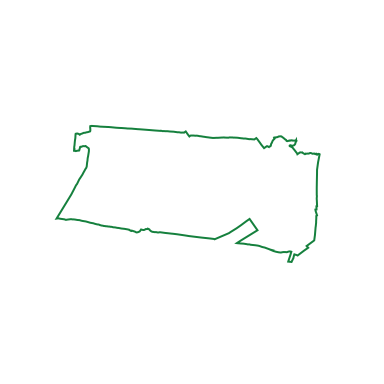 outline of Ibanesti, Botosani, Romania, rotated 325°
{"feature_id": "2599482B35973270357670", "entity_name": "Ibanesti", "entity_type": "district", "adm_level": 2, "iso_a3": "ROU", "parent_name": "Romania", "parent_adm1": "Botosani", "projection": "equal_earth", "projection_center": [26.394, 48.051], "detail": "fine", "context": "isolated", "style": "outline", "palette": "green", "viewbox_px": 384, "rotation_deg": 325, "n_neighbors": 0, "source": "geoboundaries", "source_scale": "gbopen_adm2", "svg_char_len": 5942}
<svg xmlns="http://www.w3.org/2000/svg" viewBox="0 0 384 384"><g transform="rotate(325 192 192)"><path d="M296.1,260.8L300.3,255.0L304.7,249.0L307.2,245.5L312.4,239.9L318.2,234.3L318.1,234.0L318.0,233.9L317.6,233.4L317.3,233.2L316.6,233.2L315.9,233.2L315.9,232.0L315.8,231.9L314.8,231.8L314.5,231.4L314.5,230.9L314.4,230.8L313.9,230.4L313.3,230.2L312.8,229.9L312.6,229.7L312.2,229.0L311.8,228.4L311.5,228.1L311.1,227.8L309.7,227.5L308.8,226.9L308.2,226.5L307.4,226.1L307.2,226.0L307.1,225.8L306.5,225.9L306.2,225.8L305.4,224.1L305.0,223.2L305.0,222.8L304.6,222.6L304.3,222.4L304.0,222.2L303.4,221.6L302.9,221.5L301.1,221.5L300.0,221.5L300.2,220.8L300.2,220.4L300.0,215.9L299.9,215.0L299.9,214.2L299.8,213.3L299.6,212.6L299.4,212.2L299.0,211.5L298.5,210.8L298.4,210.5L298.4,210.2L298.7,210.0L299.0,210.0L299.4,210.1L299.6,210.3L300.1,211.0L300.4,211.4L300.9,211.8L301.6,212.0L302.2,212.2L302.9,212.2L304.0,211.9L305.4,210.7L306.7,210.2L306.8,210.1L306.6,209.9L307.1,209.1L306.4,209.4L306.2,209.3L305.8,208.9L305.3,208.6L304.8,208.2L304.2,207.8L303.7,207.4L303.5,206.9L302.7,206.6L302.1,206.1L301.5,205.8L301.4,206.0L300.1,205.3L299.6,205.2L299.1,204.9L299.0,204.6L298.8,204.4L298.9,204.1L298.9,203.2L298.5,202.5L298.3,201.5L298.1,200.9L297.9,200.0L297.4,198.7L297.2,197.9L296.7,197.3L295.9,196.9L295.3,196.4L294.6,196.2L293.6,196.1L292.8,195.7L292.2,195.5L291.5,195.0L291.0,194.8L290.5,194.5L290.3,194.6L290.4,195.2L290.4,195.6L290.2,195.7L289.9,195.8L289.0,195.9L287.7,196.2L286.5,196.9L285.8,197.4L285.4,197.6L284.7,197.8L283.8,198.6L283.1,199.3L282.7,199.4L282.4,199.5L282.0,199.3L281.2,199.1L280.8,199.3L280.5,198.8L280.4,198.5L279.9,197.6L279.6,197.4L276.2,197.4L275.9,193.2L275.9,190.3L275.8,186.1L275.6,184.7L273.2,184.7L270.1,182.1L269.2,181.6L267.3,179.7L266.5,178.9L264.9,177.8L264.1,177.0L263.6,176.6L262.8,175.9L261.2,174.4L260.8,174.0L259.2,172.7L257.0,171.1L256.4,170.5L255.5,169.9L254.2,168.9L252.8,168.3L250.7,166.7L250.0,166.2L249.7,165.8L248.9,165.3L247.5,164.4L244.2,162.4L242.3,161.1L240.8,160.2L240.1,159.7L237.4,157.3L236.9,156.8L235.1,155.2L233.8,153.9L232.9,153.1L231.4,151.6L230.1,150.5L229.7,150.0L228.9,149.2L228.1,148.5L227.0,147.8L225.5,146.5L223.1,144.9L221.7,145.0L221.6,143.1L221.6,141.7L221.6,138.8L219.5,138.8L219.4,138.6L219.2,138.5L219.0,138.3L217.1,137.1L215.6,135.6L214.2,134.6L213.4,133.8L212.2,132.7L211.7,132.2L208.4,129.6L207.1,128.4L204.8,126.7L203.7,125.8L203.1,125.5L202.4,124.8L201.6,123.9L201.3,123.9L197.1,120.5L193.5,117.5L190.1,114.7L185.6,111.0L183.7,109.5L178.8,105.4L175.6,103.0L174.1,101.7L171.4,99.5L168.8,97.5L166.8,95.9L163.2,92.8L161.3,91.2L154.3,85.8L152.2,83.9L148.3,80.8L147.9,80.4L147.4,80.2L146.5,79.7L145.9,80.3L145.2,81.4L144.7,82.3L144.2,83.0L143.9,83.4L143.6,83.7L143.3,83.9L141.0,83.2L139.8,82.6L138.5,82.2L137.5,81.6L137.1,81.4L135.5,81.1L133.5,80.5L132.9,80.7L132.7,80.1L132.6,79.7L132.4,79.3L132.0,78.8L131.3,78.3L131.3,78.1L130.1,77.6L129.5,78.2L127.7,80.5L127.1,81.2L126.0,82.3L124.5,84.0L122.5,86.4L121.6,87.3L120.3,88.9L120.5,89.1L120.5,89.3L119.7,90.3L119.5,90.0L119.1,90.4L119.0,90.6L119.4,90.9L119.8,91.3L120.2,91.8L120.6,92.0L121.3,92.2L122.3,92.7L122.9,93.1L123.4,93.3L126.3,90.9L126.7,91.0L127.4,91.6L127.9,91.6L129.0,91.9L130.2,92.8L130.6,93.1L131.1,93.2L131.3,93.5L131.5,94.4L132.1,96.1L132.4,96.9L132.3,97.2L132.2,97.6L131.7,98.4L130.8,99.6L127.1,103.4L126.2,104.2L125.3,105.2L124.4,106.3L123.0,107.7L120.4,110.7L120.0,111.0L119.2,111.6L118.0,112.0L115.8,113.1L113.9,114.0L113.2,114.4L112.0,115.0L106.7,117.1L103.3,119.0L102.6,119.4L100.8,120.0L96.7,122.2L91.7,124.8L80.7,129.6L65.8,136.1L67.4,136.9L68.8,138.4L71.8,141.2L72.7,142.5L74.2,143.2L76.1,144.2L76.9,144.6L77.6,145.1L78.4,145.9L79.5,146.7L80.4,147.5L82.2,149.3L83.7,150.5L84.7,151.8L85.6,152.8L88.1,155.2L89.5,156.9L91.0,158.8L93.3,161.1L94.0,162.1L95.0,163.3L95.9,164.3L97.0,165.2L97.4,166.0L97.7,166.4L98.1,166.8L98.3,167.2L99.0,167.9L99.7,168.5L100.2,169.2L101.5,170.3L101.9,170.8L102.7,171.3L103.5,172.2L104.2,172.7L104.7,173.1L105.0,173.5L105.3,173.8L105.6,173.9L105.9,174.2L106.4,174.7L107.2,175.7L108.7,176.9L110.2,178.5L110.8,179.0L111.2,179.3L113.3,181.5L115.5,183.4L117.5,185.4L117.9,185.8L118.9,186.9L118.9,187.4L119.1,187.7L119.8,188.5L119.7,188.8L119.8,189.1L120.0,189.2L120.6,189.2L121.9,190.9L122.5,191.7L122.8,192.3L123.2,193.1L123.5,193.4L124.6,193.9L126.4,194.3L126.9,194.2L128.0,193.8L128.8,193.5L129.5,194.4L130.4,195.3L130.9,195.6L131.9,195.8L132.7,195.8L132.9,195.9L133.9,196.6L134.4,196.8L134.8,197.0L134.9,196.9L135.3,197.5L135.6,198.3L135.5,198.9L136.0,200.7L136.2,201.1L136.7,201.9L137.2,202.3L138.2,203.3L139.6,204.3L140.7,205.5L141.4,206.0L142.6,206.5L145.3,209.0L146.6,210.2L148.9,212.2L151.5,214.5L152.7,215.5L155.8,218.3L161.4,223.6L164.6,226.7L165.3,227.3L173.2,234.4L180.1,240.4L183.2,243.2L183.4,243.7L198.7,246.9L200.5,246.9L207.7,247.3L213.2,247.3L219.7,247.1L223.7,247.1L223.7,251.6L223.7,260.9L205.0,259.8L199.4,259.6L199.5,259.7L202.1,261.9L204.5,263.8L207.0,266.2L207.4,266.7L209.0,267.9L209.6,268.6L209.7,268.8L213.4,272.0L215.2,273.7L216.2,274.8L217.2,276.2L217.5,276.7L218.3,277.7L219.7,279.2L221.0,281.1L222.2,282.8L223.2,284.2L224.1,285.3L223.7,285.2L224.9,287.1L226.6,289.2L228.5,291.2L230.1,292.6L230.4,292.7L230.9,292.9L232.2,293.5L233.7,294.5L234.8,295.4L235.1,295.7L235.8,295.9L236.7,296.1L237.1,296.3L237.8,296.6L238.4,297.1L238.8,297.5L239.1,297.9L236.4,300.1L235.3,300.9L230.9,304.2L233.4,306.4L235.3,305.3L235.6,305.2L236.1,304.8L236.7,304.6L237.3,304.2L237.8,303.6L238.5,303.1L239.2,302.4L240.1,301.8L240.9,302.9L241.4,303.4L242.1,304.6L244.5,304.5L250.3,304.3L255.2,304.3L254.9,302.0L263.5,301.8L264.4,301.7L268.0,297.8L273.0,291.8L273.6,291.2L276.1,288.3L276.8,287.3L277.5,286.4L277.8,286.0L278.6,285.0L280.1,282.9L281.0,282.9L282.4,278.4L283.0,277.2L284.0,277.7L285.7,275.1L286.3,275.4L289.3,270.7L290.4,268.9L292.1,266.8L292.3,266.3L292.4,266.1L292.6,265.8L292.7,265.7L296.1,260.8Z" fill="none" stroke="#15803d" stroke-width="2"/></g></svg>